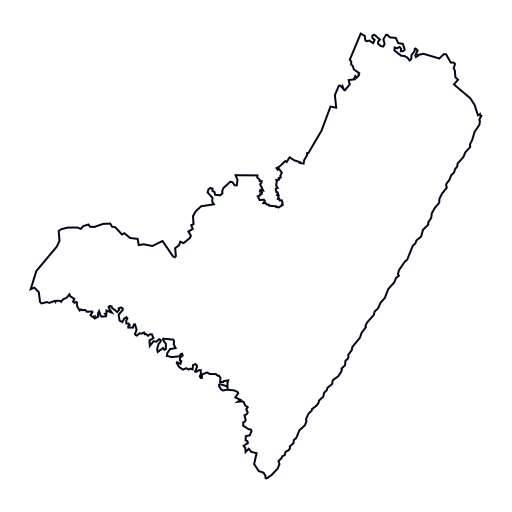 Ugu, KwaZulu-Natal, South Africa
{"feature_id": "47623444B80915190121590", "entity_name": "Ugu", "entity_type": "district", "adm_level": 2, "iso_a3": "ZAF", "parent_name": "South Africa", "parent_adm1": "KwaZulu-Natal", "projection": "robinson", "projection_center": [30.195, -30.583], "detail": "fine", "context": "isolated", "style": "outline", "palette": "ink", "viewbox_px": 512, "rotation_deg": 0, "n_neighbors": 0, "source": "geoboundaries", "source_scale": "gbopen_adm2", "svg_char_len": 5998}
<svg xmlns="http://www.w3.org/2000/svg" viewBox="0 0 512 512"><path d="M265.6,478.1L266.6,478.4L271.5,475.1L277.6,468.7L279.4,464.2L278.5,461.1L281.6,458.0L282.1,456.4L284.6,455.2L285.6,451.8L288.7,450.2L290.0,448.2L289.8,446.5L293.4,443.2L293.9,439.9L296.1,438.3L299.4,430.3L304.9,425.3L306.5,421.2L306.0,419.1L308.5,413.7L311.7,410.6L312.1,409.0L316.4,405.7L318.6,402.7L319.0,400.6L323.3,396.6L324.1,392.7L326.8,390.2L327.5,387.8L332.1,384.0L332.8,380.2L338.1,376.4L341.0,372.2L341.9,369.7L341.5,368.6L345.0,365.3L345.5,360.7L347.7,358.9L348.5,356.7L348.2,354.9L351.7,350.2L352.4,346.9L360.0,337.6L361.5,333.0L365.9,327.1L365.4,325.8L367.2,322.4L373.7,315.0L374.7,311.5L378.0,308.4L380.6,302.7L384.9,297.8L388.2,289.1L394.3,282.3L396.0,278.0L398.9,275.7L397.9,274.3L399.0,270.1L404.7,261.8L407.2,259.7L412.8,245.7L415.4,243.4L416.4,240.5L421.1,236.6L423.0,229.8L428.2,224.6L428.3,222.3L431.2,217.8L431.8,213.3L435.0,207.7L439.1,202.9L439.5,198.6L442.0,193.7L446.8,187.6L446.1,185.4L446.7,183.3L449.3,180.1L451.2,175.3L454.1,172.4L455.1,169.0L457.1,166.8L457.6,163.6L463.5,156.8L465.3,152.4L470.2,147.0L470.0,144.3L472.3,139.7L474.5,132.0L479.4,124.8L479.9,121.2L479.3,119.8L481.3,115.8L480.2,115.5L480.0,114.0L478.0,115.3L474.5,104.7L470.2,98.2L454.0,84.5L458.0,79.7L455.4,77.2L454.8,70.4L453.7,68.5L455.0,63.9L453.6,62.6L450.7,62.5L446.1,54.3L443.9,54.1L439.3,58.5L423.5,53.8L417.8,55.0L417.8,56.0L415.8,57.0L415.3,55.4L417.7,50.6L415.6,48.5L414.8,48.9L414.4,51.5L411.6,54.8L411.2,59.0L409.6,60.5L407.4,57.6L404.4,56.0L401.2,55.7L394.4,50.5L394.7,47.5L396.8,48.3L399.7,47.0L401.0,48.6L400.9,51.2L403.2,51.1L404.7,49.8L402.9,43.9L398.2,43.1L395.7,37.9L389.9,37.4L387.4,34.9L386.0,34.9L383.4,39.5L384.6,44.0L383.3,46.5L380.9,46.1L378.1,43.8L378.1,41.6L379.9,39.6L375.0,35.2L373.5,34.9L372.2,35.8L372.4,38.0L374.6,40.0L373.1,43.1L369.3,40.6L366.4,41.2L365.3,40.2L364.7,35.8L360.7,33.6L349.8,59.7L351.3,61.8L351.1,64.4L352.8,66.1L353.9,69.5L359.2,73.1L358.5,74.1L359.0,75.2L356.5,77.8L355.3,76.1L354.3,78.2L354.7,79.3L348.7,80.1L349.7,84.4L344.9,90.3L344.0,90.0L342.7,86.6L342.3,87.8L340.4,85.6L338.8,85.8L334.9,95.1L336.2,107.7L330.5,106.6L321.5,130.7L308.4,153.0L307.2,153.0L307.0,155.3L304.1,160.3L303.6,163.6L299.6,162.9L299.7,162.0L294.6,160.5L289.6,157.3L286.7,162.0L285.3,161.1L279.3,166.7L276.5,168.1L277.7,169.7L278.4,168.7L279.3,169.2L281.8,172.6L280.3,175.9L280.8,177.4L278.7,178.1L279.2,179.2L278.5,179.9L276.3,180.0L276.8,181.3L276.1,185.2L277.7,188.0L276.0,188.4L275.7,189.5L276.5,192.3L277.5,192.2L278.1,193.8L277.1,195.1L278.7,195.6L277.9,198.8L279.2,198.7L279.7,200.5L281.7,200.3L282.6,203.1L281.9,204.5L282.6,205.0L278.5,207.5L276.6,206.6L276.4,207.9L276.0,206.3L269.1,205.7L268.7,204.6L266.7,204.5L265.7,203.1L263.4,203.1L264.8,201.0L263.9,199.7L259.6,200.0L257.7,196.3L259.7,195.6L259.9,194.4L261.5,194.3L262.0,192.5L259.9,191.6L260.4,189.9L263.1,190.5L260.1,184.2L261.3,183.1L261.7,181.1L259.7,181.1L259.7,179.6L257.3,177.7L257.4,175.4L235.6,175.2L237.5,179.9L236.8,185.4L234.7,185.3L232.5,182.3L230.4,181.7L223.4,188.0L222.3,190.8L222.4,193.3L220.3,195.3L215.1,194.8L214.5,192.1L212.5,190.9L212.5,188.6L210.3,188.0L208.6,189.2L207.5,192.3L212.5,197.8L212.2,201.4L213.9,204.3L201.1,206.3L195.7,211.3L193.0,216.1L193.5,224.1L191.2,225.2L192.8,228.9L188.4,231.6L190.9,235.7L189.9,238.0L183.6,243.1L180.3,241.7L179.0,245.3L175.1,248.2L175.9,256.0L174.9,257.2L173.0,256.4L162.5,241.0L152.3,246.0L143.8,244.3L138.7,245.1L137.7,238.9L130.1,238.0L124.4,233.2L122.0,234.5L115.2,227.2L112.3,226.9L110.2,223.6L103.2,223.9L94.1,227.0L90.0,226.7L88.4,224.5L83.3,226.1L80.8,228.9L77.3,227.5L67.7,227.6L61.3,229.2L58.7,231.0L59.5,240.9L56.8,246.6L36.3,271.1L30.7,289.2L34.3,287.6L38.8,292.2L40.0,301.8L41.4,303.4L47.0,302.1L49.2,302.9L54.7,300.9L55.4,301.8L55.6,300.9L59.9,300.8L61.0,301.8L63.1,299.4L66.9,297.5L69.4,294.3L70.3,296.3L74.3,298.9L73.1,301.6L74.5,302.8L76.2,301.9L76.9,302.5L77.1,306.2L79.6,310.5L81.1,309.4L82.3,310.2L85.1,310.0L87.0,311.8L92.0,311.4L92.5,312.1L90.5,315.1L92.3,316.8L94.6,316.4L94.0,317.7L94.7,318.5L98.1,316.7L97.9,313.7L99.1,311.2L100.7,316.0L101.6,316.6L106.0,316.3L106.3,315.3L105.1,313.8L106.4,313.5L106.5,310.5L111.8,312.6L109.1,308.6L108.6,306.9L109.7,306.0L111.6,306.4L111.6,307.5L117.2,312.0L119.2,309.6L118.7,308.4L121.1,307.4L122.7,308.6L122.8,309.9L118.6,314.7L119.6,320.6L122.4,322.1L124.1,318.6L126.5,317.2L127.4,318.4L126.2,320.7L126.3,323.5L128.7,323.6L129.7,325.0L128.2,326.3L128.3,327.6L132.9,327.6L133.9,324.5L135.0,324.3L136.6,329.8L135.0,333.9L135.8,335.2L136.8,335.6L139.5,333.3L141.1,333.7L144.1,332.5L144.7,334.2L145.9,334.0L148.0,335.8L149.6,334.4L151.9,334.3L153.4,338.1L149.5,340.4L149.8,345.9L153.6,341.2L156.3,341.7L159.2,339.2L160.4,339.8L160.8,341.3L158.5,344.1L157.1,349.1L157.8,351.9L163.0,348.0L164.3,349.8L165.8,349.1L165.9,344.0L162.9,339.6L163.2,338.7L173.3,339.6L174.1,341.3L173.7,344.2L175.6,348.1L170.1,349.1L167.3,353.0L166.9,355.9L171.8,357.1L179.6,356.3L180.6,354.3L182.1,353.7L182.7,355.6L180.2,357.5L179.9,360.3L181.3,361.1L180.4,363.8L177.1,362.2L176.7,362.9L179.2,367.1L183.0,369.6L186.2,368.2L188.7,369.6L190.1,368.7L192.6,369.4L193.0,365.1L195.4,364.1L196.7,365.3L197.0,367.0L195.1,371.5L196.2,371.9L198.6,370.3L200.7,370.1L200.9,373.8L199.8,376.3L200.8,378.0L201.9,377.9L202.1,374.4L207.2,372.5L209.8,374.0L215.9,374.1L217.7,375.7L218.9,375.7L220.5,377.8L220.1,382.0L223.3,382.0L223.7,381.1L228.2,380.4L227.4,383.3L227.6,387.5L225.7,385.9L220.4,384.2L219.1,384.5L219.0,386.0L221.0,389.3L223.0,390.5L226.9,389.7L233.7,390.3L237.5,391.9L238.2,393.2L235.3,397.5L240.4,399.8L237.8,401.8L242.4,401.3L243.9,402.4L245.1,405.3L247.7,407.2L246.3,409.3L247.7,412.4L247.0,413.9L244.5,415.4L245.7,420.0L245.0,421.5L243.3,422.3L243.2,425.7L248.2,429.0L251.0,429.7L251.5,431.1L249.8,435.3L245.8,436.2L245.6,440.4L247.3,441.1L247.9,443.0L243.6,445.8L245.3,448.1L245.6,452.0L248.8,448.8L251.2,451.8L256.6,453.2L254.1,464.1L258.8,471.1L263.5,472.6L265.4,475.8L265.6,478.1Z" fill="none" stroke="#020617" stroke-width="2"/></svg>